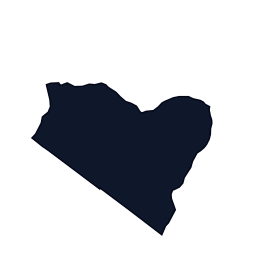 the district of Benton, Washington, United States of America, rotated 307°
{"feature_id": "52423323B67037278576088", "entity_name": "Benton", "entity_type": "district", "adm_level": 2, "iso_a3": "USA", "parent_name": "United States of America", "parent_adm1": "Washington", "projection": "mercator", "projection_center": [-119.362, 46.282], "detail": "fine", "context": "isolated", "style": "filled", "palette": "ink", "viewbox_px": 256, "rotation_deg": 307, "n_neighbors": 0, "source": "geoboundaries", "source_scale": "gbopen_adm2", "svg_char_len": 1006}
<svg xmlns="http://www.w3.org/2000/svg" viewBox="0 0 256 256"><g transform="rotate(307 128 128)"><path d="M62.3,57.3L61.9,70.8L62.2,76.7L62.3,142.1L63.3,142.1L63.4,177.6L63.1,219.2L72.3,216.9L76.6,217.3L91.1,215.0L97.7,205.1L100.9,202.2L105.0,201.0L111.7,204.5L116.9,204.9L122.2,202.7L124.7,202.5L134.3,201.8L140.2,199.5L149.5,198.1L153.9,199.6L158.2,200.5L161.9,200.6L168.0,199.5L172.6,197.5L177.1,194.3L182.0,192.2L184.6,190.1L187.6,185.9L188.1,185.4L188.3,185.2L191.2,181.9L194.1,180.3L193.3,175.4L194.0,172.6L193.4,169.0L190.4,162.3L189.4,157.4L183.8,150.0L180.0,146.6L179.1,145.9L171.1,141.3L168.3,140.1L163.3,139.6L157.1,137.9L152.1,132.4L148.3,130.1L148.1,127.8L150.5,121.6L149.5,115.4L147.7,110.3L148.1,103.5L149.2,96.8L148.5,87.6L149.1,84.4L147.8,79.7L142.7,75.6L139.6,70.7L133.9,66.7L128.8,60.4L127.4,52.3L121.6,48.7L121.8,46.8L122.3,45.5L117.2,39.3L113.5,36.8L103.6,48.7L98.4,53.3L92.6,54.8L85.4,53.0L79.7,55.8L67.6,57.9L62.3,57.3Z" fill="#0f172a" stroke="#020617" stroke-width="1.5"/></g></svg>